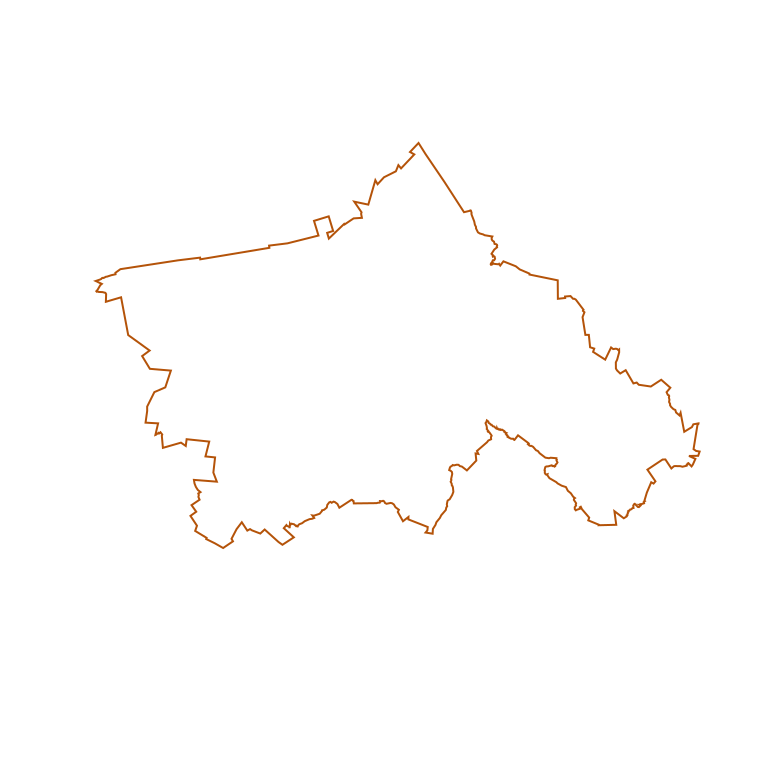 the district of Camargo, Chihuahua, Mexico, rotated 236°
{"feature_id": "50627088B69672703244103", "entity_name": "Camargo", "entity_type": "district", "adm_level": 2, "iso_a3": "MEX", "parent_name": "Mexico", "parent_adm1": "Chihuahua", "projection": "albers", "projection_center": [-104.713, 28.058], "detail": "fine", "context": "isolated", "style": "outline", "palette": "amber", "viewbox_px": 768, "rotation_deg": 236, "n_neighbors": 0, "source": "geoboundaries", "source_scale": "gbopen_adm2", "svg_char_len": 6166}
<svg xmlns="http://www.w3.org/2000/svg" viewBox="0 0 768 768"><g transform="rotate(236 384 384)"><path d="M626.7,218.7L627.9,214.4L628.4,213.5L628.7,210.8L629.2,210.4L629.5,209.3L629.2,208.4L629.4,207.0L630.6,202.6L624.8,206.0L624.6,204.1L622.2,199.1L621.8,197.4L621.1,197.5L621.0,198.1L619.9,198.9L617.6,202.0L615.4,204.0L613.9,203.9L607.7,199.4L602.9,214.5L567.6,199.3L542.8,208.4L542.4,199.1L527.5,198.4L514.3,214.8L503.5,200.8L505.7,189.1L497.7,175.0L494.1,172.6L485.3,164.7L477.7,174.7L469.6,166.0L469.4,166.9L469.8,168.4L469.2,168.9L469.5,169.9L468.7,170.2L469.0,171.7L466.1,171.9L465.4,170.9L454.7,165.0L448.9,182.9L443.5,185.0L448.6,189.5L434.0,206.9L423.8,195.5L417.6,202.9L406.0,193.0L396.5,190.8L410.8,172.8L407.5,171.3L403.9,170.5L400.3,170.4L397.0,171.4L397.1,168.8L395.5,168.4L394.2,167.0L391.2,166.4L391.2,156.7L383.1,156.9L382.9,149.8L371.1,149.7L367.8,145.3L355.6,150.9L354.9,149.9L346.5,154.7L338.0,158.9L338.0,170.8L340.9,171.0L346.1,180.6L348.9,188.8L338.9,188.7L338.6,191.8L336.5,192.7L329.2,197.8L330.1,203.7L312.0,208.2L307.5,209.9L307.3,223.5L320.5,220.3L321.6,224.2L320.6,224.2L318.7,225.6L317.3,225.2L320.6,227.8L319.6,227.7L320.0,229.1L318.0,231.0L315.5,231.6L315.7,232.0L314.2,232.8L314.9,234.1L315.1,235.4L314.4,238.2L314.6,241.6L313.6,246.7L312.5,248.9L312.0,251.2L315.1,251.1L314.0,252.3L312.4,258.1L313.4,261.6L313.9,261.9L313.2,264.2L313.6,267.5L315.5,269.4L316.5,272.4L316.2,273.7L314.8,274.2L314.7,276.4L313.7,277.2L310.6,278.3L306.4,277.8L306.2,292.3L305.6,292.9L304.6,292.8L304.0,293.3L301.9,292.2L289.4,311.2L288.9,312.7L288.0,314.1L288.5,315.1L289.1,315.3L288.0,316.7L287.7,317.9L286.6,318.5L284.8,318.3L283.3,319.1L281.7,323.0L280.5,324.1L278.6,324.8L275.4,324.6L271.4,326.0L270.2,323.9L259.6,323.0L260.1,329.9L258.1,328.5L241.0,340.3L238.4,338.1L237.6,335.4L232.7,340.6L236.5,343.5L238.4,347.9L240.1,350.1L241.7,355.4L243.2,358.1L245.0,364.8L246.8,366.6L247.3,368.0L249.1,368.8L251.5,371.2L251.8,372.1L251.7,374.0L253.8,378.4L255.8,381.2L259.7,383.3L261.1,383.7L261.9,383.5L263.6,384.4L265.7,384.6L266.2,385.6L266.9,386.3L267.5,386.3L271.3,390.3L273.1,391.1L274.6,390.8L276.2,389.9L277.9,392.0L278.3,393.0L278.1,394.1L278.4,395.7L277.4,396.5L276.4,399.2L275.3,400.6L273.5,401.0L272.0,402.4L266.0,404.4L268.9,417.7L275.2,421.1L273.3,423.1L276.5,423.6L278.1,436.8L278.8,438.9L278.3,441.9L280.2,443.0L280.9,444.3L281.7,444.4L285.2,444.3L286.0,443.6L286.5,443.5L286.8,444.2L289.3,444.0L289.7,444.6L291.9,445.6L294.8,446.3L295.4,447.8L296.3,448.9L294.6,449.5L293.2,449.0L291.8,449.7L290.6,449.7L290.1,450.4L288.1,450.6L287.2,451.5L284.4,452.1L283.8,452.5L284.2,452.9L283.8,452.8L283.3,453.5L282.2,453.6L281.4,454.3L281.8,454.6L281.5,455.0L280.4,455.4L280.2,456.3L278.0,457.3L277.2,457.0L276.9,457.5L276.2,457.3L275.1,458.0L275.1,457.6L274.7,457.7L274.4,457.1L272.7,457.5L272.6,457.1L271.2,457.3L270.9,456.9L270.4,457.2L270.4,457.6L269.8,457.5L267.5,458.8L266.4,460.5L265.3,460.5L264.7,460.9L266.5,466.4L254.2,470.7L253.5,470.7L253.5,469.7L251.7,470.1L250.8,470.7L250.3,471.6L248.5,472.5L244.1,473.0L242.4,474.1L239.6,474.3L232.7,476.6L230.2,479.3L229.7,480.9L226.1,485.4L225.6,484.9L224.7,485.0L224.1,484.2L222.0,484.0L221.4,482.7L221.2,481.2L220.1,480.0L220.2,479.1L221.1,479.0L221.8,477.7L222.8,477.6L223.9,474.1L224.9,472.4L224.9,471.2L222.8,468.9L222.4,469.0L220.4,467.6L218.8,467.5L218.2,467.8L217.8,469.1L217.2,468.4L213.4,468.5L206.2,472.0L204.6,472.3L200.4,474.4L196.8,477.2L192.7,476.7L188.9,477.8L184.7,477.8L182.7,478.5L182.7,477.5L181.8,476.6L177.7,476.6L176.7,475.4L175.8,475.2L175.2,473.2L173.5,472.2L172.0,472.4L172.0,473.2L170.9,477.1L172.3,477.4L172.2,478.5L169.6,478.1L158.5,479.4L156.7,477.1L147.1,483.5L146.8,483.1L137.4,497.8L149.7,503.9L138.6,507.7L138.5,511.2L139.3,511.6L139.1,512.4L140.0,512.9L140.2,513.7L141.4,514.5L141.4,515.4L142.2,515.7L141.9,516.9L142.3,517.9L141.8,519.1L142.2,520.6L141.7,521.5L143.9,522.7L144.6,524.5L144.5,524.9L140.1,525.7L139.4,526.5L139.8,528.7L140.8,528.3L140.5,528.7L141.1,529.3L140.5,530.1L139.7,532.9L140.9,533.3L141.0,534.7L141.5,534.5L147.0,541.2L153.1,550.6L150.7,551.8L151.5,554.6L165.7,554.5L165.6,572.7L164.1,575.1L153.3,575.0L153.7,578.2L153.4,579.1L150.3,583.6L148.5,585.2L147.0,589.2L147.8,589.8L147.5,590.4L148.3,591.2L148.2,592.1L143.7,592.9L144.5,595.0L147.8,600.3L153.8,596.6L148.8,604.3L151.5,607.9L154.0,605.3L156.9,604.2L174.8,621.0L175.1,622.4L175.5,622.7L177.6,617.9L176.1,615.2L176.5,606.2L194.3,613.8L192.7,611.4L197.1,610.2L199.6,611.0L201.3,609.9L204.6,609.2L206.5,609.3L207.4,610.0L209.7,610.3L211.3,611.8L213.6,612.7L214.5,613.7L215.4,613.8L216.3,613.2L219.2,613.7L220.8,619.3L232.5,616.2L232.7,603.8L240.9,594.8L243.9,594.3L245.0,591.1L260.3,592.1L260.6,585.7L264.9,584.8L267.1,584.9L272.3,588.3L273.8,590.9L278.8,596.7L281.1,598.2L281.0,597.2L282.5,596.9L283.6,596.0L284.8,593.5L287.3,592.7L280.5,581.0L293.7,575.3L295.8,578.1L299.2,575.4L310.2,581.3L312.1,578.4L328.4,586.0L331.4,590.3L333.4,589.8L333.9,590.4L334.0,590.9L346.7,590.2L348.2,589.5L348.9,588.4L352.6,587.8L355.3,583.0L354.0,582.3L357.4,575.8L372.8,586.0L393.4,565.8L394.2,566.3L403.1,560.6L407.9,559.1L418.9,551.6L417.2,546.6L419.3,546.6L419.2,545.9L421.4,543.2L422.8,541.8L423.2,541.9L422.6,540.9L422.7,539.9L423.4,538.7L423.3,539.9L423.7,539.6L424.1,540.0L424.7,541.9L425.7,543.4L425.0,544.5L425.7,546.1L427.7,546.9L428.6,546.3L428.7,545.5L429.4,545.7L429.6,546.4L431.8,545.9L433.8,550.6L434.1,554.2L435.0,554.4L435.4,555.2L436.1,555.5L437.0,555.3L438.3,554.0L440.5,554.8L442.2,554.1L443.5,554.1L444.9,554.9L445.7,556.3L451.1,550.6L452.5,549.9L455.2,547.6L457.2,546.7L461.6,547.3L462.7,548.1L465.2,548.4L468.3,549.7L474.9,551.2L476.2,551.6L476.8,552.3L479.2,553.0L479.7,552.6L479.7,551.7L481.7,546.4L517.6,547.1L551.3,547.0L564.5,547.4L561.8,535.3L557.4,537.5L553.2,518.7L557.4,518.3L553.7,512.8L555.4,499.6L553.2,490.4L557.8,490.8L541.5,471.3L551.8,461.3L538.9,461.4L537.9,460.2L534.1,458.6L538.3,451.4L538.3,440.5L539.0,440.5L535.4,419.6L541.1,421.4L539.3,427.4L553.9,431.9L558.4,417.2L543.7,412.7L554.6,382.6L563.0,366.1L561.0,365.1L590.1,301.4L591.6,302.2L601.7,282.4L626.6,229.7L626.4,223.5L625.1,222.8L626.7,218.7Z" fill="none" stroke="#b45309" stroke-width="2"/></g></svg>